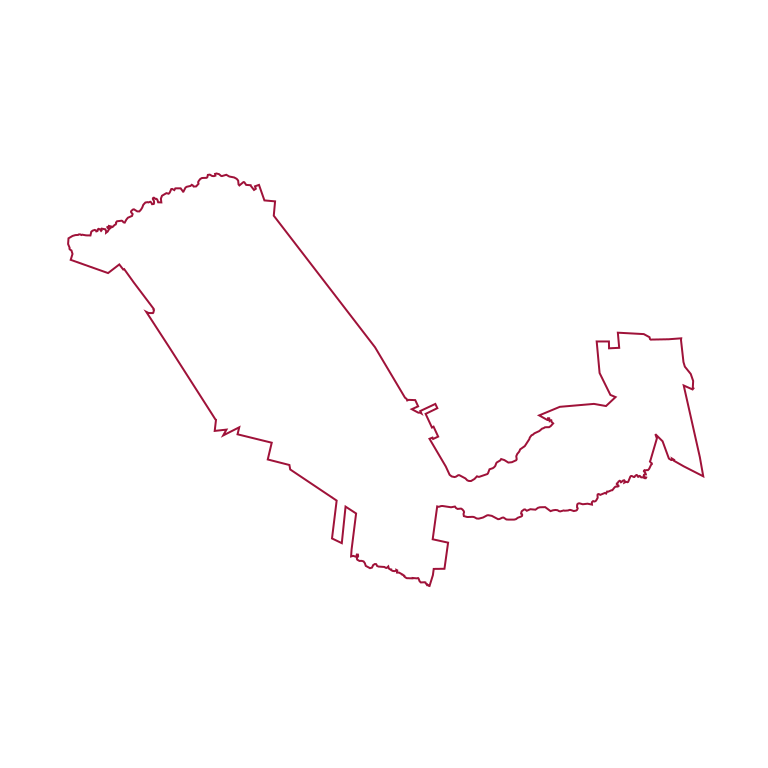 the district of Güémez, Tamaulipas, Mexico, rotated 184°
{"feature_id": "50627088B77034241213697", "entity_name": "Güémez", "entity_type": "district", "adm_level": 2, "iso_a3": "MEX", "parent_name": "Mexico", "parent_adm1": "Tamaulipas", "projection": "orthographic", "projection_center": [-99.141, 23.887], "detail": "fine", "context": "isolated", "style": "outline", "palette": "rose", "viewbox_px": 768, "rotation_deg": 184, "n_neighbors": 0, "source": "geoboundaries", "source_scale": "gbopen_adm2", "svg_char_len": 6134}
<svg xmlns="http://www.w3.org/2000/svg" viewBox="0 0 768 768"><g transform="rotate(184 384 384)"><path d="M75.8,400.1L75.0,401.3L75.7,401.8L75.8,408.6L78.7,415.4L85.1,422.3L86.8,426.8L90.8,448.6L90.7,450.3L103.1,448.5L121.1,446.9L121.8,447.4L122.4,449.2L128.3,451.9L154.3,451.5L151.9,436.5L162.0,435.3L162.6,442.1L174.8,441.3L169.7,410.0L157.4,388.9L152.1,387.1L161.0,377.5L173.2,378.8L207.0,373.5L227.0,363.5L218.5,359.5L218.2,359.5L218.0,361.3L216.8,361.3L216.2,358.8L215.6,359.4L214.6,359.5L214.2,357.9L212.5,356.5L214.8,353.6L216.4,352.4L220.3,352.1L221.7,351.1L223.2,350.5L225.8,347.9L230.5,345.3L232.1,343.7L233.2,343.2L234.8,340.8L235.2,339.1L239.2,331.9L243.6,328.3L244.4,326.0L246.2,323.5L247.0,321.2L246.4,318.2L246.8,317.2L251.0,314.9L254.5,314.3L258.6,316.5L261.9,317.3L262.7,315.9L266.0,313.6L266.5,312.8L267.3,310.0L268.3,308.7L269.6,307.6L272.8,306.3L274.0,302.3L274.6,301.4L282.4,298.1L283.5,298.0L284.8,298.4L287.1,295.6L290.4,293.3L292.6,293.2L294.2,293.7L296.2,295.5L302.5,298.3L303.6,298.2L305.7,296.6L307.1,296.1L310.0,296.5L312.2,298.0L316.6,306.0L334.8,332.5L331.9,333.9L331.2,332.6L326.3,335.3L331.6,344.9L333.1,343.9L340.4,357.1L329.1,363.6L331.4,367.7L345.9,359.6L344.7,357.3L345.8,357.9L347.8,357.8L354.5,360.8L348.4,364.1L351.7,370.1L358.3,369.9L359.7,369.2L360.5,370.8L362.1,371.8L395.5,420.0L505.7,544.2L505.4,558.6L516.1,558.8L522.6,573.9L526.5,572.2L525.5,569.8L527.2,568.5L530.8,572.5L530.9,573.0L535.4,573.0L537.4,575.5L538.3,575.6L542.1,572.0L543.0,572.9L543.7,576.8L545.3,578.4L547.9,579.6L552.8,580.2L555.9,581.7L560.2,580.1L561.0,580.2L563.2,581.8L565.7,582.3L567.2,581.8L566.7,580.1L568.1,579.5L569.9,579.5L572.4,580.7L574.3,580.3L574.7,577.9L575.4,577.3L579.9,576.8L581.5,575.8L582.9,573.8L583.5,572.4L583.0,570.8L585.2,568.0L587.7,567.7L588.6,568.8L589.7,569.3L590.8,568.1L594.5,567.0L595.7,566.1L597.5,561.9L597.8,561.8L600.5,565.0L605.8,564.6L606.7,562.8L608.9,563.8L609.8,563.6L611.1,560.0L612.1,558.8L614.4,559.2L618.6,556.3L619.5,553.3L618.8,549.6L622.0,549.5L622.8,551.7L623.8,552.8L624.8,552.7L626.5,553.8L627.0,553.7L627.5,553.1L627.5,552.4L626.2,550.4L626.0,548.5L626.3,547.5L627.9,547.2L628.9,548.9L629.9,549.5L631.7,548.7L632.6,548.9L634.7,548.4L636.6,546.0L637.5,543.1L638.6,541.0L640.1,539.1L642.2,539.0L645.6,540.8L646.5,540.6L648.0,539.2L648.4,538.3L648.2,537.6L646.6,536.0L647.1,534.1L651.1,532.0L652.5,530.0L653.9,526.9L655.1,527.1L656.4,528.4L657.1,528.6L661.7,527.7L662.6,526.4L662.4,525.4L662.8,524.4L663.7,524.0L665.7,521.7L667.5,521.0L667.2,522.1L669.5,522.5L669.6,521.6L670.9,521.3L670.9,520.9L670.5,520.4L668.5,519.8L669.2,519.1L670.3,516.8L671.8,515.5L671.8,517.1L672.9,518.9L676.6,519.3L677.3,518.4L676.5,517.5L676.9,517.0L678.1,518.4L679.5,518.9L680.0,518.6L680.4,516.8L681.3,516.2L681.7,516.2L682.0,517.1L683.3,517.5L685.3,516.7L686.2,515.9L686.6,515.5L687.2,511.7L691.6,511.5L695.5,511.9L696.3,511.5L697.3,512.0L698.7,512.0L699.5,511.4L702.3,511.0L705.0,510.0L708.9,507.3L708.9,501.6L707.1,497.9L707.2,496.9L706.6,496.2L705.1,495.4L703.8,492.0L705.2,486.0L667.0,475.4L656.4,484.8L652.1,480.0L651.2,480.5L640.6,467.7L619.0,442.9L619.2,442.2L618.6,441.7L619.1,439.1L619.5,438.6L623.8,438.4L626.2,439.4L601.4,406.5L553.4,341.9L549.8,337.0L549.1,336.6L549.6,325.4L538.0,327.5L540.8,321.5L525.4,330.7L526.6,323.6L491.9,317.6L494.7,300.6L472.7,296.6L471.6,292.2L423.1,264.4L425.1,226.3L415.0,222.3L413.8,259.0L402.8,252.9L404.8,216.5L404.8,209.7L402.8,210.4L399.9,209.7L399.6,209.8L399.2,212.0L398.1,212.0L397.8,210.4L398.9,208.4L398.8,207.5L398.3,206.8L396.2,205.8L393.9,206.0L392.0,205.6L390.6,203.9L389.5,201.3L385.1,199.3L383.2,200.0L382.1,202.7L380.5,203.8L379.2,203.7L378.2,202.0L376.7,201.5L370.8,201.5L369.6,200.8L368.5,200.7L367.0,202.3L366.3,200.3L365.2,199.6L363.9,199.5L363.9,198.9L362.5,198.2L360.6,198.0L358.6,198.7L358.7,199.4L357.8,199.0L357.9,196.8L355.8,196.9L352.4,195.3L352.5,195.1L350.4,194.2L350.5,193.6L349.2,192.6L347.8,191.9L342.0,192.1L342.0,192.5L337.7,192.4L336.5,192.8L336.0,192.4L334.7,189.7L333.4,188.6L329.4,189.1L328.8,188.9L328.8,188.5L327.5,187.1L327.1,187.3L326.4,186.7L326.5,186.4L325.3,186.5L325.0,186.3L325.1,185.8L324.5,185.7L321.9,196.7L321.5,203.0L310.8,203.9L309.0,230.2L324.6,232.5L322.4,265.6L320.8,265.3L318.6,266.2L317.2,266.4L308.5,265.7L304.7,266.7L303.5,265.3L301.9,264.5L298.5,265.1L297.1,264.4L295.6,262.8L295.2,261.8L295.6,259.9L295.1,257.8L291.7,257.1L286.0,257.7L284.5,257.4L282.2,256.3L280.1,256.3L275.9,257.7L272.1,260.1L271.0,260.4L267.3,260.0L260.8,257.1L259.3,257.4L256.7,258.9L255.4,259.1L252.5,257.4L250.8,257.4L244.7,257.8L242.9,258.4L241.2,259.9L237.9,261.4L237.1,262.1L237.0,263.1L237.3,263.8L238.2,264.2L238.0,265.8L237.6,266.8L235.5,268.6L234.5,268.7L232.7,267.5L229.3,269.3L224.1,269.2L221.8,271.2L219.9,271.9L214.6,272.4L209.0,268.8L206.6,269.8L204.2,270.3L202.1,270.2L200.6,269.4L199.3,269.2L195.9,270.4L194.9,270.2L191.5,270.7L190.3,271.3L189.2,271.4L185.8,270.5L183.6,271.1L182.8,271.7L182.3,272.8L182.1,273.6L182.8,274.4L182.9,276.6L182.7,277.6L181.8,278.4L180.7,278.6L177.3,277.9L172.6,278.8L168.1,278.2L168.4,280.1L168.2,280.8L167.2,281.8L166.2,281.4L164.8,281.9L164.1,282.9L162.9,285.4L163.3,288.1L163.1,288.8L162.1,289.2L160.5,288.5L155.9,290.8L154.8,290.2L153.9,292.3L152.9,292.2L149.6,293.9L148.8,294.0L146.9,296.8L145.9,297.8L143.6,298.0L142.9,298.6L143.1,299.1L144.8,300.3L144.8,301.0L143.9,301.7L143.2,303.1L142.1,303.9L141.3,303.5L140.8,302.5L140.5,302.6L138.6,304.5L137.6,304.7L137.0,303.9L137.3,302.4L135.7,303.3L134.3,303.0L133.6,303.4L131.8,308.8L131.2,309.4L130.4,309.5L128.2,308.6L127.7,308.7L127.1,309.7L125.9,310.8L125.4,310.8L124.0,309.1L123.6,309.2L123.0,310.1L122.4,310.1L120.9,308.8L119.3,309.0L117.1,308.2L116.3,308.3L116.0,309.0L117.7,309.3L118.5,310.7L118.3,311.6L117.9,311.9L116.5,312.1L116.9,313.2L118.7,315.2L118.6,315.7L118.1,316.2L117.3,315.8L116.7,316.3L114.7,316.5L113.6,317.8L112.0,321.9L111.2,322.8L111.3,323.5L112.6,324.4L113.3,325.3L112.9,326.3L108.0,348.7L109.8,352.9L102.1,346.3L94.6,329.5L92.2,328.2L90.8,328.4L91.3,329.6L89.2,328.5L89.3,327.6L79.3,322.8L59.1,314.2L63.8,333.0L84.9,403.4L75.8,400.1Z" fill="none" stroke="#9f1239" stroke-width="2"/></g></svg>